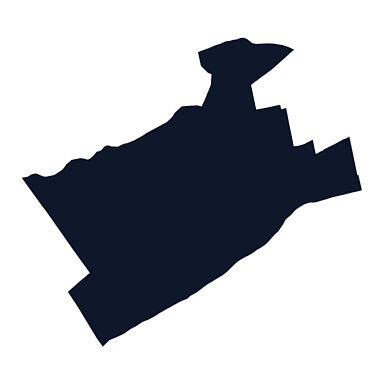 Mburucuyá, Corrientes, Argentina (Robinson projection)
{"feature_id": "61730980B72186775994784", "entity_name": "Mburucuyá", "entity_type": "district", "adm_level": 2, "iso_a3": "ARG", "parent_name": "Argentina", "parent_adm1": "Corrientes", "projection": "robinson", "projection_center": [-58.145, -28.012], "detail": "fine", "context": "isolated", "style": "filled", "palette": "ink", "viewbox_px": 384, "rotation_deg": 0, "n_neighbors": 0, "source": "geoboundaries", "source_scale": "gbopen_adm2", "svg_char_len": 2471}
<svg xmlns="http://www.w3.org/2000/svg" viewBox="0 0 384 384"><path d="M361.0,189.7L357.8,175.9L356.8,176.2L350.9,147.7L348.8,137.7L346.7,139.0L343.5,140.1L341.8,141.1L335.0,144.8L324.2,150.1L323.9,150.9L321.1,152.1L317.6,154.0L315.3,155.2L314.7,152.9L312.2,140.8L307.9,143.0L304.7,144.7L302.0,145.6L296.8,146.9L294.0,147.0L293.0,147.1L292.4,143.5L291.1,136.9L288.6,124.9L286.5,113.9L285.5,108.9L280.7,110.4L279.8,106.8L279.6,105.7L275.4,106.5L272.6,107.2L267.2,108.3L255.6,110.5L250.2,84.6L253.2,82.3L262.3,75.4L263.8,74.5L272.5,67.9L286.7,55.2L289.8,52.3L292.8,49.9L289.0,48.1L287.0,47.3L283.5,46.2L282.7,45.9L279.6,45.4L276.0,44.8L272.8,44.3L269.2,44.2L268.1,44.2L265.9,44.2L264.1,44.3L259.7,44.5L255.7,44.7L251.9,43.8L249.2,41.7L246.7,39.7L243.6,38.5L240.4,38.8L237.5,40.0L233.4,40.7L232.4,40.8L229.5,41.9L227.3,41.8L224.4,42.7L221.1,44.3L215.7,46.0L209.0,48.9L202.0,51.4L198.9,52.6L201.6,65.5L203.1,67.0L208.6,72.3L212.3,73.5L211.7,84.8L208.0,93.8L205.2,100.7L202.1,107.4L196.5,106.0L195.0,106.3L190.0,106.5L181.9,107.2L175.5,113.2L173.1,116.9L172.2,118.0L171.5,118.8L169.8,120.4L167.1,122.8L151.0,131.5L146.5,133.9L145.7,134.5L144.6,135.4L134.3,141.2L126.9,144.1L124.3,144.4L117.9,147.5L110.8,147.1L107.8,146.1L106.0,146.6L104.3,147.7L103.2,149.4L101.3,151.1L99.3,152.0L97.1,152.4L95.5,154.4L93.7,156.5L89.9,159.7L87.3,160.4L84.1,159.4L80.6,158.9L72.0,160.6L67.1,164.6L64.6,168.2L62.9,170.3L58.4,173.2L54.7,175.7L46.1,177.5L43.1,177.2L39.5,175.7L36.4,174.3L34.1,174.5L31.8,175.1L27.8,177.5L23.0,178.3L42.9,205.8L46.0,209.7L74.7,250.6L90.9,273.0L80.5,281.7L68.9,292.0L78.2,306.1L97.1,337.3L102.9,345.5L108.9,339.5L116.2,336.5L119.4,335.0L123.8,332.9L130.0,328.5L136.1,325.3L142.0,321.3L148.9,318.6L155.1,315.1L159.5,312.2L162.2,310.8L166.5,308.2L169.5,306.7L172.8,304.8L177.5,302.2L181.4,300.2L184.2,299.1L186.2,298.4L188.0,297.1L189.6,295.4L194.4,292.8L196.4,291.7L198.8,289.9L203.0,286.6L207.6,283.3L212.0,280.8L214.6,279.1L219.2,276.4L221.8,274.8L224.0,273.2L227.3,270.5L231.9,265.9L234.2,263.6L236.7,261.4L240.2,259.0L244.3,256.7L248.4,254.6L252.7,252.1L256.4,249.3L260.6,246.9L265.1,243.8L267.4,241.6L272.2,236.2L274.6,233.5L277.6,230.9L279.9,227.7L282.4,224.0L285.2,218.8L288.3,216.2L291.2,213.8L294.0,210.3L296.1,208.5L298.5,206.9L301.5,205.1L303.7,203.7L307.9,202.3L310.4,201.7L313.2,201.8L316.1,201.4L319.6,200.4L321.3,199.8L323.1,199.4L332.0,196.6L349.4,192.5L352.4,191.7L357.1,190.7L361.0,189.7Z" fill="#0f172a" stroke="#020617" stroke-width="1.5"/></svg>